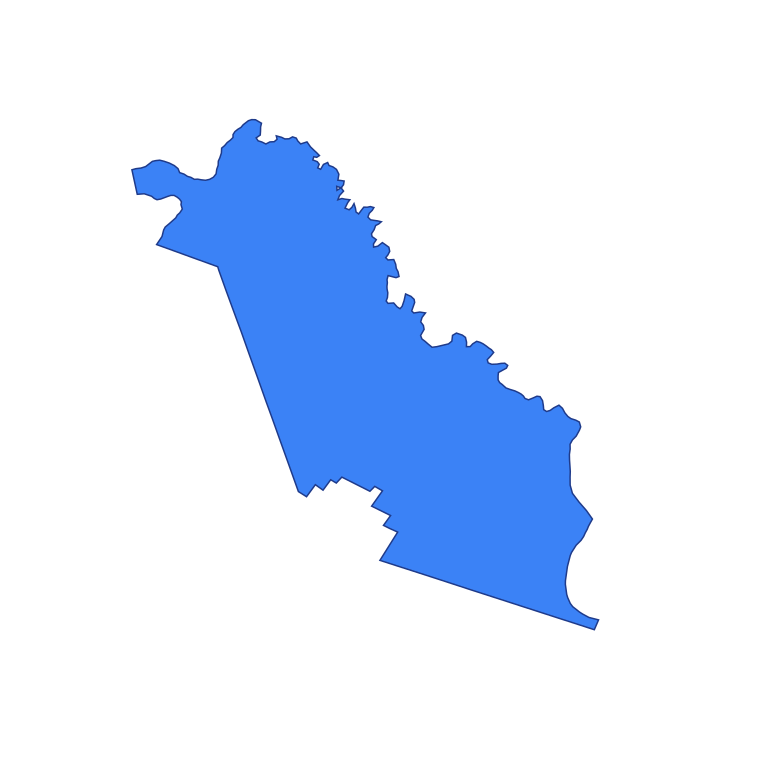 São Miguel do Guamá, Pará, Brazil (Robinson projection), rotated 233°
{"feature_id": "56859067B56862876029302", "entity_name": "São Miguel do Guamá", "entity_type": "district", "adm_level": 2, "iso_a3": "BRA", "parent_name": "Brazil", "parent_adm1": "Pará", "projection": "robinson", "projection_center": [-47.543, -1.552], "detail": "fine", "context": "isolated", "style": "filled", "palette": "blue", "viewbox_px": 768, "rotation_deg": 233, "n_neighbors": 0, "source": "geoboundaries", "source_scale": "gbopen_adm2", "svg_char_len": 3932}
<svg xmlns="http://www.w3.org/2000/svg" viewBox="0 0 768 768"><g transform="rotate(233 384 384)"><path d="M577.7,321.8L574.5,320.6L554.0,314.2L523.3,304.9L511.9,301.5L489.7,294.5L464.6,286.7L441.1,279.3L423.7,274.0L405.8,268.4L376.5,259.3L349.6,250.9L340.6,254.3L344.9,268.6L335.9,271.4L339.6,283.8L333.6,286.3L335.0,294.3L306.8,308.2L307.8,315.0L299.6,318.5L293.9,300.6L275.0,310.1L271.4,298.5L265.2,301.6L257.5,305.8L245.6,274.6L197.6,308.4L167.2,329.6L162.1,333.2L61.2,404.1L66.5,413.4L71.6,409.3L74.2,407.2L80.5,404.3L84.2,402.9L92.6,400.7L96.6,400.7L102.7,402.1L106.0,403.3L114.9,408.3L117.7,410.5L127.9,420.7L134.9,429.5L136.6,432.4L139.6,440.4L140.6,447.4L142.1,451.7L144.0,455.2L145.6,458.8L147.3,461.6L149.1,465.5L150.7,469.2L161.2,469.5L172.3,468.7L183.3,468.7L191.2,471.8L197.7,476.6L202.0,480.1L206.7,483.2L211.6,486.4L216.2,489.7L220.0,493.5L223.9,496.3L225.9,500.8L226.7,506.1L229.5,512.3L231.4,515.3L236.1,517.1L239.7,515.4L243.8,512.5L247.4,511.3L252.1,511.1L257.2,511.9L261.8,511.0L262.8,505.3L262.9,500.8L264.2,497.3L267.4,496.1L270.9,498.3L275.3,500.6L280.0,501.0L282.2,498.8L283.2,494.4L284.4,489.9L287.6,487.9L290.5,488.1L293.3,487.5L296.1,486.3L299.7,484.4L303.8,481.4L307.5,479.0L312.5,478.1L315.5,477.2L318.6,477.6L321.7,479.9L324.3,482.3L323.6,487.3L323.0,491.3L324.4,494.0L327.9,493.0L330.0,489.9L331.9,486.2L334.9,481.9L338.2,479.9L341.3,481.1L342.1,485.9L343.2,490.6L346.8,490.4L349.5,489.4L352.9,488.5L356.5,487.3L359.3,485.9L362.3,483.7L362.7,479.0L362.0,475.4L364.2,472.3L367.7,475.1L372.2,477.1L375.9,476.0L381.1,472.5L381.6,468.0L377.4,464.0L377.2,459.7L382.0,448.7L384.4,444.5L389.3,443.3L393.2,442.5L397.1,441.4L400.7,442.4L403.5,448.9L407.1,450.7L411.5,450.7L414.3,454.5L415.8,459.9L419.9,455.9L422.8,450.5L425.7,450.1L430.7,457.6L433.5,459.0L437.7,458.3L442.9,455.4L438.5,450.2L435.1,445.2L434.5,442.1L437.6,440.9L442.9,440.5L446.0,435.7L449.0,435.7L451.0,438.8L454.5,441.9L458.0,443.6L460.3,445.2L462.8,447.6L465.5,449.2L468.1,452.5L464.7,455.2L461.7,457.6L460.8,460.7L465.3,462.8L469.0,463.4L472.6,465.4L477.5,466.7L480.7,461.8L483.9,461.4L484.7,464.7L486.5,468.4L490.3,470.2L494.3,469.0L497.9,467.8L497.8,462.0L499.6,458.1L502.2,459.9L503.9,464.7L508.9,463.2L511.5,464.4L513.2,469.0L515.6,472.7L515.0,476.1L515.2,479.5L518.2,477.0L521.0,474.2L523.2,472.1L527.0,471.6L529.2,475.0L529.8,479.2L531.0,482.1L533.9,479.9L535.2,477.1L537.4,474.3L536.3,470.2L535.1,466.1L538.2,465.2L541.8,467.1L546.1,468.6L544.4,464.7L544.1,461.0L547.9,458.7L550.7,464.2L551.7,467.6L555.2,464.0L557.5,462.0L558.9,458.0L561.3,461.9L562.4,467.8L566.5,467.8L567.5,471.6L570.1,474.3L572.4,472.1L574.5,469.8L578.7,474.2L584.0,475.2L588.1,473.9L591.6,471.6L594.8,472.3L595.8,467.8L593.6,462.6L596.5,461.1L598.5,464.5L601.7,464.5L605.8,462.0L607.8,464.7L605.5,466.7L605.3,469.9L609.3,469.4L612.6,468.8L617.6,468.0L623.7,468.2L625.9,461.9L630.0,461.4L633.2,461.9L636.4,459.7L637.0,455.7L639.4,452.3L642.6,450.7L647.0,447.3L643.8,445.9L643.6,442.1L646.0,438.6L646.8,434.1L650.8,432.1L654.0,429.8L657.5,430.0L657.3,435.0L660.3,437.6L663.6,440.2L666.0,443.1L672.4,440.4L674.8,437.4L675.9,434.1L675.8,427.6L675.0,424.2L675.4,420.7L675.3,416.9L674.1,413.6L671.7,411.7L671.2,407.9L671.2,404.1L670.3,400.2L670.1,396.3L666.3,393.1L663.5,389.1L661.7,385.8L658.5,383.2L656.1,379.6L652.9,376.4L651.8,372.2L652.4,367.9L654.1,364.1L656.9,361.1L659.7,358.5L661.6,355.7L665.3,354.1L668.1,352.0L672.0,350.6L675.8,348.0L680.0,349.1L684.6,348.0L689.5,345.6L694.1,342.5L697.7,339.6L699.8,336.1L701.2,333.0L701.1,324.5L702.7,319.9L705.3,315.4L706.8,311.6L684.0,301.1L680.2,307.0L673.8,311.4L670.4,312.2L667.8,313.6L666.1,317.0L664.0,324.1L662.9,327.3L660.9,329.9L657.6,331.3L654.6,332.0L651.5,331.9L649.4,329.8L645.1,328.2L643.6,323.9L643.3,320.6L642.0,317.7L641.3,309.1L641.0,303.7L639.6,300.7L635.4,295.5L632.2,286.3L577.7,321.8ZM566.5,467.8L567.0,463.0L570.3,465.2L566.5,467.8Z" fill="#3b82f6" stroke="#1e3a8a" stroke-width="1.5"/></g></svg>